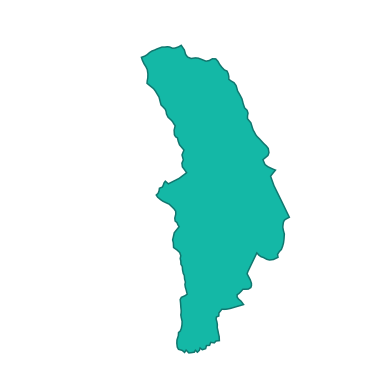 the district of Cerqueira César, São Paulo, Brazil, rotated 149°
{"feature_id": "56859067B82361031328738", "entity_name": "Cerqueira César", "entity_type": "district", "adm_level": 2, "iso_a3": "BRA", "parent_name": "Brazil", "parent_adm1": "São Paulo", "projection": "albers", "projection_center": [-49.128, -23.072], "detail": "fine", "context": "isolated", "style": "filled", "palette": "teal", "viewbox_px": 384, "rotation_deg": 149, "n_neighbors": 0, "source": "geoboundaries", "source_scale": "gbopen_adm2", "svg_char_len": 3059}
<svg xmlns="http://www.w3.org/2000/svg" viewBox="0 0 384 384"><g transform="rotate(149 192 192)"><path d="M116.5,165.1L113.1,166.4L109.2,167.8L110.8,169.9L113.9,174.5L115.3,177.9L114.9,181.0L114.5,183.2L108.1,184.2L105.8,186.1L104.2,190.1L104.6,193.2L105.5,196.4L106.1,199.2L106.8,202.7L107.7,206.2L107.9,208.5L107.7,211.2L107.7,213.4L107.2,215.8L106.6,218.2L105.9,221.1L106.7,226.2L105.2,228.7L103.4,230.7L102.7,233.7L103.6,237.0L102.6,241.5L101.9,243.7L101.2,246.2L101.0,249.2L100.9,251.9L100.9,255.1L100.1,257.8L99.4,260.6L99.7,264.1L101.2,266.8L102.4,269.6L101.0,272.0L100.1,274.5L99.7,277.6L101.4,280.0L102.2,283.5L102.6,287.1L102.5,290.8L103.1,293.9L105.9,295.7L109.4,295.8L112.6,296.9L115.7,301.0L117.7,303.5L120.0,305.2L124.0,306.9L126.3,310.0L126.6,313.3L125.4,317.7L125.7,323.3L128.5,323.3L132.4,324.1L134.6,325.2L136.4,327.7L138.1,329.1L140.8,330.3L143.1,331.7L146.3,332.3L148.5,332.7L150.8,332.9L153.8,333.5L156.6,333.4L159.9,332.8L162.5,332.8L166.0,333.5L166.7,330.4L167.1,326.4L167.0,323.1L167.3,319.9L169.0,315.9L171.1,312.6L173.0,310.5L174.6,308.3L171.7,300.3L171.4,297.3L171.4,290.3L173.7,282.6L173.0,279.9L172.3,276.6L172.8,274.1L173.7,272.0L174.0,268.4L172.8,264.3L172.4,262.2L172.5,259.8L172.3,257.5L175.5,254.2L177.6,250.1L177.6,247.7L176.6,245.9L177.7,242.5L178.4,238.9L177.8,235.3L177.3,232.1L181.5,228.9L182.9,224.0L185.8,221.9L187.3,218.5L186.9,214.6L186.7,211.3L196.0,210.3L208.1,211.2L209.3,215.0L211.3,214.2L212.8,212.9L214.8,211.5L218.0,212.0L219.6,210.0L221.8,208.3L224.2,207.8L224.1,205.2L222.9,201.7L221.7,199.1L219.8,196.2L217.8,193.3L217.1,190.7L216.1,186.9L215.9,183.9L217.3,181.4L220.2,178.5L221.4,175.8L220.6,173.5L221.0,171.3L220.9,168.9L225.6,167.2L228.2,166.2L230.4,163.9L233.3,160.9L234.1,158.2L236.4,153.9L234.7,150.0L233.7,146.5L234.4,143.2L236.4,141.0L237.2,138.5L238.7,135.8L238.7,133.1L240.2,130.2L241.4,126.8L241.6,124.4L243.2,121.2L244.0,118.2L245.7,116.4L246.8,113.7L247.4,111.2L248.1,109.0L248.7,106.9L251.3,106.7L255.4,107.2L257.5,105.9L259.1,102.5L261.0,98.8L262.3,96.0L263.5,94.1L264.9,92.4L265.8,90.2L267.1,86.2L269.1,83.2L271.5,80.5L273.8,78.8L275.9,78.5L277.7,75.9L281.1,72.9L282.9,70.2L284.5,66.6L284.6,64.1L282.0,61.3L281.0,58.3L278.5,59.5L277.6,55.7L275.0,54.5L272.5,53.5L270.6,54.6L269.9,51.9L267.2,52.5L265.4,54.1L264.4,51.5L261.0,50.7L258.7,52.9L255.9,51.5L253.4,53.5L250.6,51.2L248.1,51.9L245.1,50.5L243.2,54.0L242.3,56.8L241.3,59.5L240.2,62.8L238.6,65.2L237.6,67.7L236.8,70.7L235.4,72.3L232.9,71.9L231.2,74.5L226.8,76.1L224.2,74.5L222.3,73.6L219.0,72.4L205.8,69.0L206.2,73.2L207.3,76.4L207.4,78.8L206.2,80.7L204.1,80.8L200.9,81.6L198.5,82.4L196.0,81.0L193.8,79.8L190.8,79.8L189.2,81.2L188.1,83.1L187.3,86.7L186.9,93.5L185.0,95.1L167.8,106.4L167.2,103.4L166.1,100.9L164.6,99.2L162.6,95.8L160.6,93.8L157.0,92.2L154.1,91.9L151.9,91.7L150.8,94.5L147.7,96.0L145.0,96.7L142.3,98.8L139.8,101.2L137.5,104.1L134.5,108.4L133.5,111.9L132.3,115.1L130.7,117.2L129.2,119.0L127.3,120.3L124.7,120.4L121.6,120.2L120.0,137.6L118.5,155.2L116.5,165.1Z" fill="#14b8a6" stroke="#0f766e" stroke-width="1.5"/></g></svg>